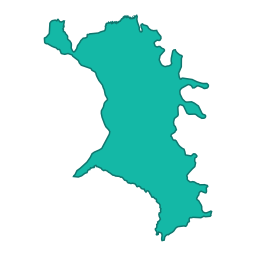 the district of Litsoetse, Thaba-Tseka, Lesotho
{"feature_id": "5366337B64574994028715", "entity_name": "Litsoetse", "entity_type": "district", "adm_level": 2, "iso_a3": "LSO", "parent_name": "Lesotho", "parent_adm1": "Thaba-Tseka", "projection": "mercator", "projection_center": [28.676, -29.707], "detail": "fine", "context": "isolated", "style": "filled", "palette": "teal", "viewbox_px": 256, "rotation_deg": 0, "n_neighbors": 0, "source": "geoboundaries", "source_scale": "gbopen_adm2", "svg_char_len": 5774}
<svg xmlns="http://www.w3.org/2000/svg" viewBox="0 0 256 256"><path d="M73.5,176.5L78.3,177.0L81.6,175.8L84.9,173.3L87.0,172.6L87.8,170.5L88.6,169.7L89.8,169.6L90.5,167.9L91.4,168.1L92.3,167.6L94.0,167.5L94.4,167.0L94.1,166.5L94.4,166.1L95.9,165.4L96.9,166.7L97.7,166.7L101.4,168.4L102.0,169.5L103.5,170.5L103.9,170.6L104.9,170.1L107.3,171.0L108.6,172.2L109.8,172.8L112.8,175.1L114.9,175.5L115.3,176.0L119.4,176.4L120.7,177.2L121.8,177.1L122.8,177.9L124.5,180.1L126.8,180.8L127.1,181.7L128.3,183.0L129.2,182.7L129.9,183.3L131.0,183.5L132.5,183.2L134.8,183.7L136.2,185.2L136.8,186.5L137.5,186.7L138.7,186.2L139.2,186.3L140.5,187.1L141.3,188.5L143.2,189.1L144.0,189.0L144.4,189.4L144.6,190.5L146.0,192.1L147.1,190.7L148.4,191.1L149.6,192.6L149.9,193.7L150.5,194.1L151.8,197.0L152.2,197.2L153.3,197.0L155.3,198.9L156.1,199.0L156.6,200.0L156.4,201.2L157.5,202.5L159.2,203.6L160.0,205.0L160.1,206.4L159.9,207.4L160.9,208.8L160.5,210.0L160.7,211.8L160.3,212.7L159.3,212.9L158.9,214.3L159.2,216.2L160.4,219.1L159.2,220.9L157.7,222.0L157.9,223.3L157.6,223.9L156.7,224.4L156.9,226.0L156.6,227.7L155.3,229.0L155.6,230.2L156.3,231.0L157.0,232.8L157.0,233.5L156.4,234.1L156.4,234.6L156.9,234.9L158.2,234.4L158.3,233.1L158.7,232.1L161.2,232.9L161.7,233.4L162.1,235.6L161.7,238.3L161.7,239.9L162.1,240.6L164.2,240.1L164.8,236.9L166.2,235.2L167.5,234.6L168.5,234.7L169.5,233.8L172.3,232.2L173.8,230.9L175.7,228.1L177.7,226.7L184.2,225.9L185.3,226.3L185.9,226.2L186.8,225.1L187.7,222.7L188.0,222.2L188.9,221.9L189.4,221.2L189.1,220.1L189.2,218.8L190.1,217.6L191.7,217.7L192.9,217.3L200.9,217.7L203.7,216.3L205.6,216.7L210.1,216.3L210.9,215.5L210.8,214.4L211.6,211.5L210.9,211.1L206.8,212.8L205.0,212.9L203.1,212.0L201.8,209.8L201.7,206.5L201.2,205.1L198.6,200.7L197.0,199.6L196.7,198.4L197.8,196.1L198.7,195.1L199.2,192.6L200.4,191.5L201.1,191.2L205.3,192.9L206.1,192.7L206.5,191.3L206.3,187.9L206.7,187.2L207.7,186.6L207.4,185.5L204.6,184.7L199.7,184.8L198.6,183.9L196.9,183.5L194.4,182.0L192.6,181.6L191.0,182.0L189.8,181.8L187.7,180.1L187.2,179.3L187.3,177.0L186.8,176.4L186.8,175.4L189.0,172.5L192.5,168.7L194.8,166.6L195.6,162.8L194.7,161.4L194.8,158.3L195.3,157.7L196.4,157.1L196.9,156.2L196.8,155.7L195.4,154.1L194.2,153.8L193.3,153.9L192.1,155.2L190.9,155.9L185.7,155.0L185.4,154.7L184.9,152.0L184.0,149.2L182.5,148.5L180.0,146.6L178.5,144.9L176.1,140.8L174.9,140.0L174.1,140.4L172.9,139.6L171.8,137.0L170.9,136.2L171.4,134.4L174.8,132.2L175.2,131.2L176.4,129.8L175.3,126.6L174.0,125.2L173.5,122.1L174.4,118.5L177.8,115.8L178.2,114.6L177.8,107.2L179.2,105.1L180.0,104.6L182.8,105.4L183.8,106.5L187.0,113.2L189.0,114.3L194.5,114.1L195.8,114.4L198.1,116.3L201.8,118.3L204.0,118.2L205.1,117.6L205.6,116.7L205.5,115.5L205.0,115.0L203.0,114.3L202.0,113.4L198.4,106.0L194.3,103.1L191.6,101.8L186.5,102.1L185.1,101.6L182.4,99.0L180.1,94.2L179.8,91.7L180.0,90.3L180.7,89.2L181.9,88.0L188.0,84.6L189.2,84.7L190.6,85.2L191.7,86.2L192.7,87.9L194.4,87.8L197.2,85.9L198.4,85.9L202.3,87.4L203.9,88.4L204.8,88.5L207.1,88.0L208.3,86.7L208.4,85.1L206.9,83.5L203.0,83.5L201.1,83.1L197.0,81.8L192.2,79.5L182.7,78.1L181.8,78.3L181.0,79.1L180.2,79.0L179.2,77.0L178.6,73.2L181.3,66.8L181.4,58.5L182.2,56.4L181.8,55.6L179.6,54.8L177.2,52.8L175.9,51.4L175.3,49.8L173.8,50.0L172.8,51.0L171.3,58.4L171.2,61.0L171.7,63.4L170.8,65.0L168.6,66.0L167.5,66.0L165.4,66.6L163.9,66.3L162.0,65.2L160.8,63.6L159.2,59.8L160.1,55.6L164.4,50.8L164.4,49.9L163.7,49.0L161.9,48.3L159.9,46.5L158.5,46.5L157.3,47.0L156.2,46.7L154.9,45.7L154.6,44.3L154.1,43.2L154.4,42.2L156.4,40.6L157.2,40.2L159.2,40.5L160.2,40.0L161.0,38.3L160.8,36.4L158.6,33.8L157.0,31.4L156.7,30.4L153.6,30.7L151.0,30.1L148.7,28.4L147.5,26.3L146.6,25.7L143.2,24.8L142.6,23.9L141.3,24.4L140.9,25.4L141.3,27.5L142.2,29.4L142.1,31.3L141.1,32.0L140.1,31.6L139.2,29.3L139.3,27.4L137.3,21.9L136.8,19.2L137.2,16.6L136.7,15.4L135.6,16.3L134.8,16.2L135.1,16.6L134.8,17.4L134.4,17.4L134.0,18.3L133.7,18.3L133.0,17.5L132.9,18.4L132.1,18.6L130.9,17.8L130.8,18.6L130.3,18.6L130.0,18.5L130.3,18.0L129.8,17.9L129.6,17.3L128.4,17.3L128.0,16.4L127.2,17.2L127.1,16.4L126.2,17.0L125.9,16.2L125.4,16.8L124.8,17.0L124.8,16.3L124.5,16.2L123.4,17.1L123.6,17.9L122.7,18.1L122.4,18.7L121.6,18.9L121.0,20.1L120.4,20.4L120.2,21.2L119.0,21.5L118.5,22.3L118.1,22.0L117.5,22.2L117.4,22.6L116.2,21.8L115.8,22.4L116.0,23.2L115.1,22.8L115.0,22.5L115.2,22.1L114.8,21.9L112.4,23.4L112.1,23.2L112.7,22.0L112.4,21.7L111.7,22.2L111.4,23.2L110.6,22.2L109.8,22.9L109.1,23.0L108.6,22.3L107.8,23.3L106.6,23.4L106.3,24.2L105.9,24.3L106.2,25.1L105.3,26.2L105.6,27.1L105.4,28.9L104.9,30.4L104.4,30.8L100.6,31.9L98.4,33.0L89.6,33.9L88.8,34.5L87.4,34.5L87.2,34.8L87.2,36.8L86.8,37.2L85.7,37.9L83.2,38.2L80.9,40.5L79.5,43.0L77.6,45.5L76.6,48.8L74.7,51.5L73.9,51.9L73.5,51.9L72.6,51.0L71.5,48.8L71.2,48.0L71.4,44.8L71.2,43.2L69.9,41.0L67.9,39.4L67.6,38.7L67.6,36.2L66.4,34.5L65.5,33.7L65.1,32.5L64.4,31.8L63.4,31.6L63.4,29.6L62.8,28.9L63.7,27.5L63.5,26.9L64.1,26.1L63.8,25.7L63.5,25.8L64.2,21.9L63.8,21.6L64.2,21.0L63.7,20.9L61.5,22.0L59.8,21.7L58.1,19.4L57.5,19.5L57.2,20.5L56.7,20.8L55.2,20.1L52.2,20.7L50.9,21.7L49.9,23.2L49.3,33.6L46.4,37.1L44.5,38.0L44.4,38.4L44.7,42.4L45.2,43.1L46.3,43.7L47.5,43.7L52.0,46.3L54.4,47.3L55.9,47.7L57.9,49.5L59.3,49.4L59.9,50.0L61.2,53.3L61.9,53.7L64.8,54.3L68.0,53.5L72.0,54.9L72.9,56.3L78.4,60.5L79.4,63.0L81.3,65.2L90.9,68.5L92.0,70.3L95.0,71.9L96.1,73.6L96.1,74.5L97.0,76.7L98.9,80.4L102.4,85.0L103.4,88.1L104.2,89.6L105.3,94.9L107.5,98.9L107.3,99.9L105.4,101.7L104.3,103.3L103.4,107.1L101.4,110.8L101.3,113.4L102.1,117.3L104.7,124.3L105.9,126.8L108.6,129.7L109.8,131.6L109.4,134.1L101.8,148.4L99.4,149.9L94.4,152.1L92.1,153.7L90.3,157.4L86.9,162.2L80.1,168.4L77.0,170.6L75.0,174.7L73.9,175.7L73.5,176.5Z" fill="#14b8a6" stroke="#0f766e" stroke-width="1.5"/></svg>